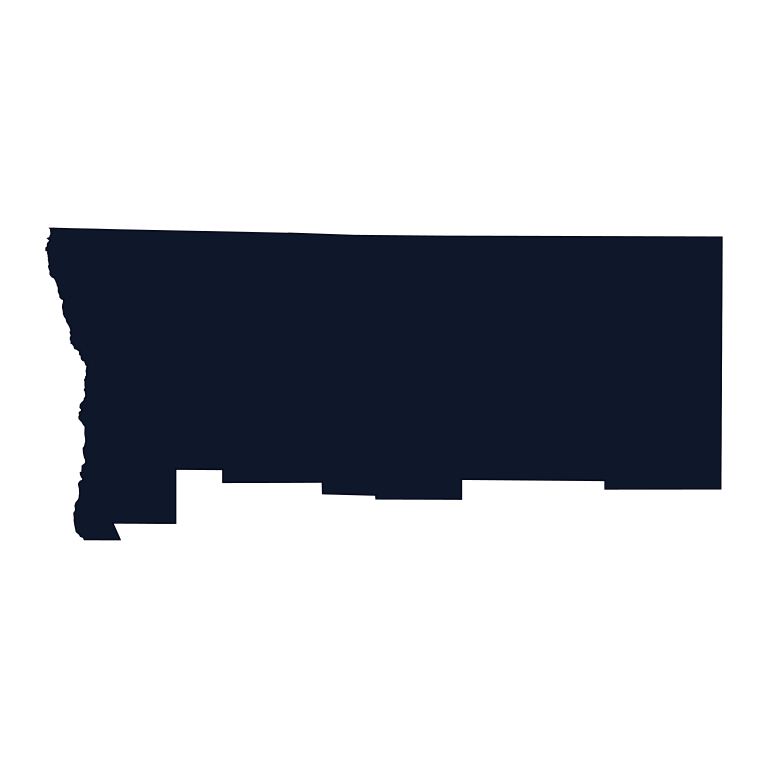 the district of Alberdi, Santiago del Estero, Argentina
{"feature_id": "61730980B98253632785456", "entity_name": "Alberdi", "entity_type": "district", "adm_level": 2, "iso_a3": "ARG", "parent_name": "Argentina", "parent_adm1": "Santiago del Estero", "projection": "equal_earth", "projection_center": [-63.373, -26.57], "detail": "fine", "context": "isolated", "style": "filled", "palette": "ink", "viewbox_px": 768, "rotation_deg": 0, "n_neighbors": 0, "source": "geoboundaries", "source_scale": "gbopen_adm2", "svg_char_len": 3208}
<svg xmlns="http://www.w3.org/2000/svg" viewBox="0 0 768 768"><path d="M721.9,237.2L721.4,237.2L710.7,237.2L525.5,236.6L445.4,236.4L432.7,236.3L354.4,235.6L288.7,233.3L288.5,233.5L269.0,233.1L117.7,230.0L109.5,229.8L102.3,229.6L98.9,229.5L94.6,229.4L90.0,229.3L79.2,229.1L74.6,229.0L74.3,229.0L66.3,228.8L60.2,228.6L58.5,228.6L58.1,228.6L56.9,228.5L52.4,228.4L51.4,228.4L50.2,228.4L50.8,229.0L50.8,230.7L51.1,232.6L51.1,234.5L50.2,236.1L50.0,237.3L49.1,238.0L47.9,238.4L49.1,239.5L50.0,240.3L50.0,241.4L49.0,242.0L48.2,242.7L47.5,244.4L47.7,246.3L47.2,247.0L46.1,248.0L46.1,250.4L47.9,250.8L47.8,253.2L48.4,255.1L48.4,257.0L49.1,258.1L48.5,259.6L48.9,260.7L49.1,262.4L49.6,264.5L48.7,266.3L49.4,268.8L50.4,271.2L50.1,274.0L51.0,275.5L52.2,276.8L53.7,277.5L54.5,277.9L55.7,280.0L56.4,281.9L57.1,283.2L57.3,284.7L58.6,287.7L58.5,290.3L58.5,291.8L59.2,293.1L60.0,295.0L60.1,297.2L61.9,298.9L63.5,299.3L63.8,300.8L63.5,303.0L62.8,305.1L62.7,307.9L63.1,309.2L63.2,309.7L63.3,310.3L63.6,312.0L63.6,313.9L64.8,316.7L66.3,318.6L67.0,321.8L68.4,323.8L70.0,326.8L70.7,328.7L71.2,330.6L70.3,332.1L71.0,334.3L71.5,335.6L70.5,337.7L70.6,339.6L71.3,341.1L71.3,343.3L72.4,343.5L72.8,344.2L72.9,344.3L74.3,346.1L74.5,347.6L74.9,348.4L76.3,348.9L77.5,349.3L78.2,350.1L79.8,351.2L79.8,352.3L79.8,354.4L81.4,355.5L81.4,357.2L81.6,358.9L83.0,360.4L85.1,360.9L85.1,362.2L86.2,365.0L87.8,365.8L87.3,366.7L86.9,367.3L86.9,368.8L86.3,371.2L86.7,372.5L86.7,374.4L86.7,376.1L85.8,376.9L85.8,378.4L84.7,379.9L85.2,381.2L85.2,383.1L85.2,385.5L85.2,385.9L85.8,387.4L85.0,388.7L84.5,390.2L85.6,391.5L85.6,393.2L85.9,394.0L85.9,396.0L85.5,397.3L84.5,398.5L84.5,400.0L83.6,401.3L81.8,403.0L80.5,404.7L80.3,406.8L80.2,407.5L81.8,409.4L81.8,411.1L80.0,412.0L79.3,413.0L80.0,415.2L79.1,416.5L79.2,418.6L82.3,422.0L84.0,425.0L85.3,426.1L85.3,427.5L85.3,427.9L85.3,429.3L85.1,432.3L85.1,434.0L85.4,435.7L85.9,439.2L85.9,441.9L85.4,443.4L84.7,446.6L83.4,448.1L83.6,452.2L83.9,454.1L84.4,456.0L84.6,457.3L85.7,459.5L86.0,462.2L85.0,463.9L83.3,465.2L82.3,466.1L82.3,469.9L82.1,469.5L82.2,472.1L80.5,472.7L80.7,474.6L81.7,477.0L82.9,478.3L82.9,479.2L82.9,480.0L81.8,480.8L80.4,481.3L79.4,482.5L78.9,483.5L78.7,484.6L79.6,488.4L79.7,488.9L79.7,491.3L79.9,493.4L79.5,495.5L79.3,498.3L78.1,500.4L76.1,502.8L75.2,505.8L75.7,508.6L75.6,510.7L74.0,513.3L74.5,517.8L74.4,520.7L75.0,524.8L75.8,528.7L76.4,531.6L79.6,534.4L80.6,536.3L83.3,537.2L84.5,539.4L84.5,539.5L94.8,539.5L104.5,539.6L120.0,539.6L119.4,538.1L116.8,532.3L112.6,522.9L135.3,523.0L161.1,523.2L175.6,523.2L175.6,517.8L175.6,517.0L175.6,493.3L175.6,480.8L175.6,469.1L182.0,469.1L185.8,469.1L188.0,469.2L194.3,469.2L222.9,469.4L222.9,482.3L223.0,482.3L279.0,482.2L300.9,482.1L322.4,482.0L322.7,493.6L370.5,494.9L375.8,495.0L376.1,498.8L439.3,499.0L461.2,499.1L461.4,499.1L461.4,498.8L461.4,479.2L605.1,480.4L605.1,488.9L697.2,488.8L706.1,488.8L719.3,488.8L719.9,488.8L720.7,488.8L720.7,485.2L720.7,480.8L720.7,479.1L720.7,478.6L720.7,474.4L720.8,466.8L720.8,459.1L720.9,449.9L721.0,431.5L721.0,421.1L721.2,390.8L721.2,373.3L721.4,348.3L721.5,315.6L721.6,308.5L721.7,290.8L721.9,239.9L721.9,239.0L721.9,238.8L721.9,237.6L721.9,237.2Z" fill="#0f172a" stroke="#020617" stroke-width="1.5"/></svg>